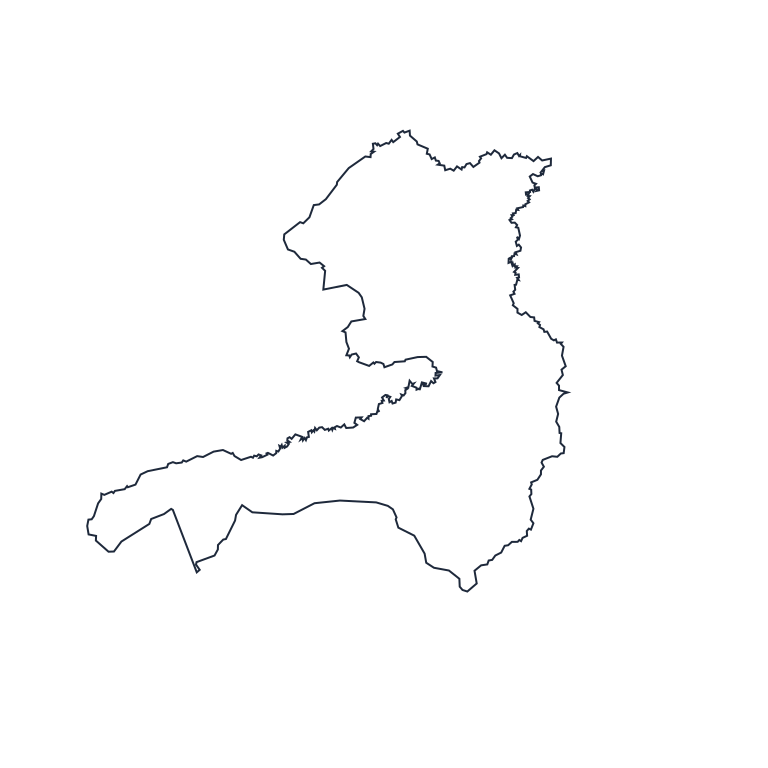 the district of Asutifi South, Brong Ahafo, Ghana, rotated 208°
{"feature_id": "2480657B57037677938762", "entity_name": "Asutifi South", "entity_type": "district", "adm_level": 2, "iso_a3": "GHA", "parent_name": "Ghana", "parent_adm1": "Brong Ahafo", "projection": "robinson", "projection_center": [-2.395, 6.849], "detail": "fine", "context": "isolated", "style": "outline", "palette": "slate", "viewbox_px": 768, "rotation_deg": 208, "n_neighbors": 0, "source": "geoboundaries", "source_scale": "gbopen_adm2", "svg_char_len": 6130}
<svg xmlns="http://www.w3.org/2000/svg" viewBox="0 0 768 768"><g transform="rotate(208 384 384)"><path d="M242.9,501.1L246.7,502.4L246.4,504.1L250.7,501.8L253.2,504.1L254.5,502.3L257.6,502.4L264.6,506.9L266.9,505.3L268.8,507.2L273.5,507.2L274.0,509.4L276.6,509.8L276.2,511.4L280.7,510.4L282.7,513.3L286.2,511.9L292.5,513.9L294.8,509.6L299.7,509.7L301.4,513.0L307.2,514.0L307.4,516.2L314.2,521.5L311.1,524.9L313.1,526.3L312.4,528.8L315.2,532.8L314.0,533.7L315.2,538.6L313.9,539.0L316.3,540.2L314.8,541.5L316.5,544.0L319.4,542.0L320.1,544.1L321.8,544.0L320.2,549.4L322.4,548.6L322.0,550.3L324.0,549.4L324.7,550.9L325.5,549.4L326.9,550.9L326.6,549.2L329.1,551.6L330.9,549.4L332.7,553.2L331.9,554.5L330.4,553.4L330.5,556.6L331.8,556.4L329.2,558.0L330.0,560.5L327.9,560.7L329.7,562.1L326.1,565.7L327.1,568.9L330.4,570.3L331.5,568.3L334.5,571.5L333.5,574.3L335.7,576.4L332.9,575.4L333.6,578.9L338.8,585.0L341.1,584.3L341.1,586.9L344.3,587.9L347.1,586.2L350.1,587.7L348.4,589.5L350.0,589.9L349.2,592.1L350.6,593.0L348.9,594.1L350.2,595.2L348.0,596.7L349.1,600.0L347.3,600.7L348.8,601.7L344.3,605.5L344.8,607.0L342.7,607.4L343.6,609.0L341.2,612.5L343.1,613.1L342.1,615.4L344.1,615.8L343.5,618.3L345.4,617.5L345.5,619.5L347.5,617.9L348.8,619.8L345.2,622.1L346.0,623.4L344.4,625.1L342.4,623.9L342.5,627.1L339.8,627.6L340.0,626.1L338.0,627.8L339.7,630.4L343.0,628.2L344.5,630.0L343.8,632.1L347.4,631.6L352.7,635.6L351.0,639.3L345.8,639.6L343.4,642.0L344.4,643.7L342.0,643.8L342.9,647.6L344.7,645.9L343.8,651.0L339.4,655.4L342.4,661.4L349.3,655.6L354.6,656.8L356.6,651.0L364.8,652.2L364.7,650.3L370.9,648.9L371.4,650.1L371.8,648.7L374.7,650.5L377.0,647.6L377.1,643.5L381.5,641.5L384.9,643.2L386.3,638.5L390.7,641.6L396.2,642.2L397.3,636.6L401.7,637.0L401.4,635.1L406.0,629.7L404.2,628.8L404.8,625.4L403.6,624.3L407.0,617.6L411.8,619.4L414.4,616.9L414.6,613.0L416.8,612.2L416.2,609.8L421.7,610.4L422.6,605.1L426.6,605.2L430.3,601.5L433.3,605.1L439.5,602.9L438.4,605.0L440.5,606.6L443.1,605.6L445.5,607.9L447.5,605.0L451.5,608.1L454.3,607.4L455.8,612.3L466.9,611.3L468.9,613.5L477.7,615.5L480.3,619.7L484.0,615.6L486.1,616.4L489.3,611.5L485.9,609.6L489.4,601.9L491.9,603.1L492.6,598.4L495.2,597.8L499.1,592.3L502.1,593.4L502.2,591.6L504.6,592.5L506.6,590.9L503.6,586.6L504.5,583.4L501.9,584.4L503.7,580.8L502.4,578.0L507.3,576.1L516.5,558.1L520.2,540.3L519.2,537.8L522.1,519.9L525.6,512.1L530.0,509.0L528.1,496.2L530.7,488.0L534.1,487.5L542.3,469.3L540.2,464.3L532.0,457.7L525.2,458.7L516.4,455.4L511.4,457.2L504.9,455.6L497.9,461.0L492.2,459.9L493.3,457.5L489.1,456.3L481.9,438.9L463.4,454.0L449.2,452.6L444.3,450.1L436.5,441.3L434.2,434.4L431.0,432.6L442.2,423.9L442.7,417.3L445.5,411.2L442.2,411.5L436.9,403.4L431.5,398.7L430.7,391.7L428.1,392.9L426.7,391.6L426.4,394.8L423.0,397.8L418.7,395.7L418.4,391.5L416.3,391.5L405.6,393.0L403.5,398.0L402.0,397.4L401.3,399.7L397.0,401.3L393.9,401.4L391.5,399.0L385.8,405.2L385.1,408.3L376.3,413.8L376.4,415.6L366.9,423.6L359.5,427.8L351.3,426.3L349.4,422.2L345.7,422.9L343.3,420.3L337.9,421.7L343.6,418.0L342.5,415.6L338.9,418.1L339.4,414.1L342.5,412.4L339.5,409.9L340.7,407.9L343.8,408.7L343.6,402.9L348.0,400.8L349.1,401.9L346.3,404.4L351.3,403.2L349.7,395.4L350.7,396.6L352.6,394.3L353.5,396.0L358.5,395.4L357.9,398.5L359.0,397.3L362.9,398.9L361.0,392.7L362.9,390.7L361.1,390.8L362.3,388.5L360.8,386.0L361.3,383.1L363.7,382.8L362.5,381.9L362.8,377.0L366.0,376.1L365.0,373.0L367.3,370.8L369.3,372.6L370.6,370.5L372.7,373.0L372.4,375.6L374.9,375.3L375.3,372.9L375.8,375.6L377.6,375.0L379.4,371.2L376.4,369.3L378.1,368.1L376.5,366.5L379.1,363.9L377.7,358.9L375.1,357.2L377.2,357.7L376.6,354.0L381.2,351.2L380.5,349.9L382.6,348.4L381.4,346.1L383.0,346.3L384.1,341.8L388.5,341.9L388.1,344.0L393.1,341.1L391.9,335.8L388.5,335.3L390.8,331.1L396.7,327.4L400.1,329.7L401.7,325.3L405.8,324.8L407.3,322.5L406.3,321.4L408.4,321.3L408.1,319.2L409.5,320.4L410.9,317.0L412.3,318.3L414.7,315.7L418.4,316.8L420.7,315.1L421.6,311.6L424.2,312.8L423.2,309.3L424.6,309.9L425.1,307.5L426.5,309.0L428.5,306.1L425.5,302.0L427.0,300.7L426.6,297.8L428.7,299.1L429.1,296.3L430.3,298.0L431.4,295.9L431.5,298.9L438.6,297.9L439.8,292.2L442.4,292.7L443.7,290.7L442.9,288.8L440.2,288.5L442.5,286.6L439.9,286.4L440.2,283.4L441.7,281.1L442.7,282.9L443.8,280.0L445.7,282.1L445.8,280.3L447.3,280.3L445.4,278.3L445.6,274.8L447.7,274.4L446.7,272.3L448.3,268.8L454.2,268.7L455.1,267.6L453.8,266.8L457.2,262.2L459.3,260.5L458.9,263.3L461.7,262.9L462.4,260.4L465.0,259.8L465.1,257.4L467.3,257.3L474.5,249.8L482.2,250.2L485.2,252.1L486.2,250.6L495.2,250.1L502.7,244.3L509.5,234.6L515.1,232.6L522.2,222.6L525.4,222.3L525.7,219.7L530.3,216.4L533.7,215.9L537.0,212.1L536.5,208.6L551.7,196.1L556.4,189.8L556.2,178.5L561.7,172.6L562.9,173.2L563.6,169.4L571.4,163.3L571.7,160.7L573.9,161.1L578.9,154.8L582.1,154.5L579.7,149.7L580.4,144.4L578.1,131.1L578.6,127.3L581.3,125.5L579.4,119.3L574.2,112.5L566.9,114.7L564.9,110.5L548.5,106.6L543.8,109.3L541.9,121.6L525.5,150.3L526.2,155.5L517.2,165.9L513.3,173.8L511.3,173.7L460.9,129.8L459.5,133.4L465.2,136.3L465.9,138.7L453.1,153.0L453.0,159.9L455.0,163.9L452.9,171.2L450.8,172.9L451.4,193.5L453.2,199.0L452.4,210.4L440.0,208.9L412.4,221.3L402.8,226.8L389.4,246.1L368.2,260.4L335.3,275.8L323.4,278.2L317.3,277.5L310.3,272.1L310.1,270.0L303.9,263.9L286.1,264.3L268.5,253.3L262.8,246.0L253.6,245.2L239.1,249.8L226.0,247.4L222.0,240.6L218.0,239.0L213.0,239.9L208.5,251.4L216.4,261.6L213.1,269.5L208.1,273.2L208.7,277.3L205.9,279.5L205.2,284.8L201.4,290.2L201.5,297.8L198.7,299.9L197.0,304.6L191.9,307.4L191.3,309.8L189.2,309.6L189.4,313.2L186.4,317.2L188.9,321.2L188.2,324.3L185.9,324.4L186.7,331.2L190.8,333.1L193.5,344.0L202.8,353.0L202.2,356.0L204.5,359.9L206.4,359.7L206.4,364.7L207.9,366.2L203.6,371.4L203.0,377.9L204.8,381.3L204.0,386.0L208.0,388.6L208.2,391.5L201.7,399.1L196.8,401.1L195.2,405.7L192.9,407.3L195.1,413.1L200.5,414.7L204.4,423.7L206.0,423.2L209.1,428.4L214.3,431.6L216.2,439.3L221.4,444.8L222.8,454.3L220.9,459.7L217.8,462.8L226.6,460.8L228.7,464.7L232.1,466.0L230.3,475.9L234.0,480.0L231.9,485.0L240.2,492.6L242.9,501.1Z" fill="none" stroke="#1e293b" stroke-width="2"/></g></svg>